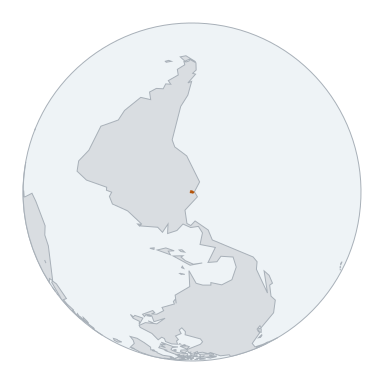 globe centered on Cañar, rotated 185°
{"feature_id": "ECU-1278", "entity_name": "Cañar", "entity_type": "Province", "adm_level": 1, "iso_a3": "ECU", "parent_name": "Ecuador", "parent_adm1": "", "projection": "orthographic", "projection_center": [-78.969, -2.515], "detail": "fine", "context": "on_globe", "style": "filled", "palette": "amber", "viewbox_px": 384, "rotation_deg": 185, "n_neighbors": 0, "source": "natural_earth", "source_scale": "10m", "svg_char_len": 7100}
<svg xmlns="http://www.w3.org/2000/svg" viewBox="0 0 384 384"><g transform="rotate(185 192 192)"><circle cx="192" cy="192" r="169" fill="#eef3f6" stroke="#a8b0b8"/><path d="M114.7,41.7L118.1,40.1L120.8,38.8L119.7,39.3L123.7,37.5L124.1,37.3L125.8,36.6L134.4,33.2L139.2,31.6L140.7,33.1L149.3,31.3L159.6,33.7L162.0,32.4L167.4,33.3L172.2,32.3L172.8,33.6L176.1,31.8L174.7,30.9L175.7,29.9L178.4,29.4L179.6,30.7L178.4,31.2L180.1,31.4L179.6,32.3L181.4,31.6L182.5,33.6L185.4,31.0L189.6,32.1L189.2,33.6L184.0,34.2L170.4,41.0L168.4,43.7L170.8,46.4L186.4,49.2L186.4,52.3L190.3,55.8L192.7,53.5L190.5,50.0L195.9,47.1L192.7,43.8L194.4,42.3L193.2,39.1L199.0,38.9L205.3,40.7L206.7,43.6L209.5,44.7L212.8,41.8L219.6,47.6L231.8,52.6L233.0,54.5L227.1,57.8L215.5,57.6L207.8,63.9L218.5,59.5L221.3,65.1L224.1,66.1L227.3,65.9L228.5,63.7L230.6,65.9L220.8,70.5L218.7,68.6L221.8,67.0L216.4,67.2L209.9,71.3L211.8,74.4L199.8,78.9L201.0,81.3L199.1,84.0L198.0,79.7L199.8,87.8L186.0,97.6L188.2,113.4L179.9,101.4L173.2,100.2L165.1,100.9L165.3,103.4L154.3,102.1L144.6,108.1L141.4,121.1L145.4,130.8L157.6,130.5L161.1,124.7L169.9,123.2L163.9,138.8L179.4,140.4L178.0,152.2L182.6,158.3L190.2,156.5L198.2,159.3L203.7,152.3L212.7,148.5L213.1,158.1L217.9,149.3L223.1,153.9L240.8,153.7L239.5,155.8L254.5,167.6L270.2,173.1L273.9,180.4L272.0,184.8L277.4,186.3L277.4,189.3L298.2,194.7L308.3,202.7L307.6,213.1L298.4,224.6L288.5,249.6L271.7,257.3L266.3,267.4L251.3,281.8L241.2,280.4L243.0,287.9L236.5,292.1L229.7,292.3L227.6,297.4L222.5,297.5L225.3,300.9L215.9,307.4L217.3,312.9L210.3,318.1L211.4,321.2L209.1,321.1L206.4,322.2L205.8,323.9L199.3,321.0L198.5,313.9L201.7,310.3L198.7,309.7L205.6,300.3L202.0,302.2L204.6,288.1L210.7,276.3L216.3,242.2L213.1,235.4L200.4,227.5L185.3,202.7L189.6,192.4L186.2,187.7L197.4,173.3L194.3,160.2L190.3,158.5L186.4,163.4L172.6,155.6L167.6,146.0L125.4,132.6L121.1,128.2L121.1,120.6L108.0,97.9L113.3,119.7L107.9,115.7L103.9,108.2L106.5,106.0L104.2,95.1L99.6,91.6L100.2,78.8L111.4,62.7L112.7,64.7L115.2,61.1L113.7,58.7L112.1,58.0L118.8,46.4L115.7,43.2L109.3,45.9L114.9,42.8L99.1,51.3L93.9,54.4L103.1,48.8L106.7,46.6L104.8,47.3L108.0,45.4L108.7,45.0L114.7,41.7ZM36.4,135.7L37.6,132.0L37.6,133.9L36.4,135.7ZM37.9,130.0L37.6,131.2L37.8,130.2L37.9,130.0ZM37.8,129.5L37.9,129.9L37.6,129.8L37.8,129.5ZM37.4,129.4L37.7,129.3L37.4,129.4ZM187.5,118.9L205.2,126.6L195.4,127.7L197.2,126.2L192.7,123.0L184.3,120.2L175.6,122.2L187.5,118.9ZM37.4,128.0L37.4,127.5L37.8,127.0L37.4,128.0ZM195.0,109.8L192.0,109.3L194.9,109.2L195.0,109.8ZM110.9,58.2L113.3,58.9L113.5,62.1L111.1,61.6L110.9,58.2ZM111.1,53.1L113.1,52.6L110.1,55.9L109.9,55.1L111.1,53.1ZM103.9,48.7L105.3,48.3L102.9,49.4L103.9,48.7ZM190.1,39.5L191.6,39.3L191.0,39.9L190.1,39.5ZM188.1,38.4L186.4,39.3L185.2,38.9L186.3,38.3L188.1,38.4ZM190.5,37.4L183.3,38.2L181.2,37.6L183.6,35.1L190.5,37.4ZM173.1,30.9L174.7,31.8L170.9,31.6L173.1,30.9ZM170.4,31.0L157.1,32.7L156.1,31.4L160.7,30.9L157.3,30.1L163.3,28.6L166.5,28.7L166.0,29.7L168.7,28.5L170.4,31.0ZM175.8,29.6L173.2,29.8L172.1,28.7L177.1,28.0L175.8,28.5L175.8,29.6ZM153.5,30.8L153.6,30.0L158.4,28.5L159.1,28.1L163.4,28.5L153.5,30.8ZM177.5,28.6L179.6,27.7L182.6,27.8L178.2,29.2L177.5,28.6ZM169.7,28.8L169.4,28.3L171.2,28.3L169.7,28.8ZM194.4,28.5L191.3,28.6L190.5,27.9L194.4,28.5ZM180.2,27.4L179.2,27.3L178.5,27.2L180.5,26.7L180.2,27.4ZM166.5,27.6L168.5,27.2L165.0,27.3L168.5,26.5L170.7,27.0L171.3,26.4L172.3,26.2L172.9,26.9L166.5,27.6ZM180.5,25.9L184.6,26.7L190.4,26.6L191.3,27.1L181.7,27.2L180.5,25.9ZM176.0,26.4L179.0,26.1L178.6,26.7L176.3,27.2L176.0,26.4ZM170.1,25.8L164.2,27.0L163.9,26.9L170.1,25.8ZM182.3,25.7L181.3,25.5L182.8,25.6L182.3,25.7ZM174.0,25.6L171.9,25.9L171.6,25.8L174.0,25.6ZM181.0,25.0L182.3,25.2L180.8,25.5L181.0,25.0ZM177.9,25.2L178.0,24.9L179.5,25.5L177.0,25.3L177.9,25.2ZM174.1,25.4L173.2,25.4L175.0,25.3L174.1,25.4ZM186.0,24.1L188.3,24.8L184.9,25.3L183.2,24.5L186.0,24.1ZM209.9,327.2L199.7,322.1L205.6,324.4L210.4,321.7L215.5,325.6L209.9,327.2ZM223.9,320.4L229.0,319.0L230.0,319.9L226.7,321.1L223.9,320.4ZM312.8,73.9L314.2,76.0L323.9,89.8L323.2,91.2L319.1,88.7L307.8,74.9L310.7,73.5L306.7,69.5L299.4,63.9L300.9,64.2L298.3,62.0L298.8,61.7L292.8,56.5L292.4,56.1L303.0,64.6L312.8,73.9ZM279.2,47.3L279.7,47.6L271.0,42.6L268.8,41.5L279.2,47.3ZM353.4,242.0L353.8,240.5L354.1,239.7L353.4,242.0ZM360.2,207.5L360.8,195.0L360.7,182.8L360.2,177.6L359.8,178.8L358.8,172.7L358.2,172.5L351.3,176.8L346.7,169.0L335.4,145.6L334.9,136.3L330.4,125.8L323.1,91.6L326.5,93.4L326.3,89.5L333.6,99.8L340.0,110.6L345.7,121.8L350.5,133.4L354.4,145.3L357.4,157.5L359.5,169.9L360.7,182.4L360.9,195.0L360.2,207.5ZM331.3,108.4L332.9,111.4L331.3,108.4ZM241.3,153.5L243.5,155.4L240.7,155.4L241.3,153.5ZM194.1,131.5L197.8,131.7L199.8,133.1L197.0,133.6L194.1,131.5ZM224.9,131.5L229.1,132.3L224.8,133.1L224.9,131.5ZM208.0,127.6L221.6,131.2L213.2,134.0L204.6,131.9L210.5,131.0L208.0,127.6ZM193.5,115.1L195.8,115.7L195.2,117.3L193.5,115.1ZM197.2,109.8L196.3,110.0L195.1,108.7L197.2,109.8ZM221.8,64.8L222.7,64.5L226.0,64.8L224.6,65.7L221.8,64.8ZM239.6,61.1L242.7,64.7L239.5,62.5L238.2,64.1L229.9,62.1L233.1,55.4L233.1,58.6L239.6,61.1ZM219.8,58.2L224.6,59.8L219.2,58.3L219.8,58.2ZM283.5,52.2L285.9,53.3L288.9,55.6L289.5,57.7L285.2,54.1L283.5,52.2ZM288.4,54.4L278.1,48.0L277.3,46.9L279.5,48.5L280.0,48.5L283.7,51.1L292.9,56.9L296.2,59.5L295.6,61.0L294.0,58.9L291.9,57.7L288.4,54.4ZM253.4,38.0L248.9,36.5L252.9,36.0L256.6,37.6L257.5,39.3L253.6,38.5L253.4,38.0ZM196.2,33.3L194.3,33.6L193.9,33.1L195.4,32.4L196.2,33.3ZM193.0,28.6L204.5,31.6L202.8,32.1L211.5,34.0L210.5,36.0L204.9,34.6L210.7,37.9L205.2,37.4L209.6,39.7L197.2,36.3L192.5,36.4L198.1,35.4L199.2,33.5L198.2,32.7L192.0,30.7L182.4,30.5L182.0,29.0L184.1,28.0L186.4,27.8L186.0,28.8L189.2,27.9L190.4,29.1L193.0,28.6ZM210.2,24.1L208.8,24.1L215.5,24.7L216.7,25.0L217.4,25.1L220.3,25.7L225.1,26.7L224.9,26.9L226.8,27.2L228.8,27.8L231.4,28.5L232.0,29.1L235.2,30.1L233.6,29.8L239.0,31.4L235.2,30.6L237.4,31.6L240.0,31.9L236.3,36.1L237.7,39.3L241.0,42.7L234.0,41.5L226.5,37.8L219.7,33.8L219.3,31.2L216.2,31.4L215.1,30.4L218.0,30.6L212.9,29.6L212.8,28.9L206.7,26.8L199.4,26.4L197.0,25.9L199.8,25.7L195.5,25.3L199.1,24.8L197.5,24.5L199.5,23.9L205.9,24.1L203.6,23.8L205.0,23.6L210.2,24.1ZM186.8,23.9L194.1,23.5L198.4,23.7L193.1,24.8L194.1,25.1L190.9,26.3L184.8,26.2L186.3,25.8L186.3,25.4L188.2,25.6L186.7,25.2L188.7,24.7L188.0,24.4L190.6,24.3L186.8,23.9ZM322.9,85.2L319.5,81.1L319.2,80.8L322.9,85.2ZM317.5,78.9L316.9,78.3L316.6,77.9L317.5,78.9Z" fill="#d9dde1" stroke="#a8b0b8" stroke-width="1"/><path d="M191.5,192.6L191.4,192.6L191.1,192.3L191.1,192.2L190.9,192.2L190.7,192.0L190.6,191.9L190.5,192.0L190.4,192.0L190.4,191.9L190.6,191.8L190.7,191.7L190.8,191.4L191.2,191.3L191.3,191.3L191.4,191.2L191.5,191.2L191.6,191.3L191.8,191.5L192.0,191.6L192.3,191.6L192.5,191.5L192.6,191.4L193.1,191.4L193.2,191.5L193.4,191.5L193.4,191.8L193.4,192.0L193.2,192.1L193.0,192.3L192.9,192.4L192.8,192.5L192.7,192.5L192.5,192.8L192.4,192.8L192.5,192.9L192.4,192.9L192.2,192.9L192.1,192.7L191.9,192.6L191.8,192.4L191.7,192.4L191.6,192.5L191.5,192.6Z" fill="#f59e0b" stroke="#b45309" stroke-width="1.5"/></g></svg>